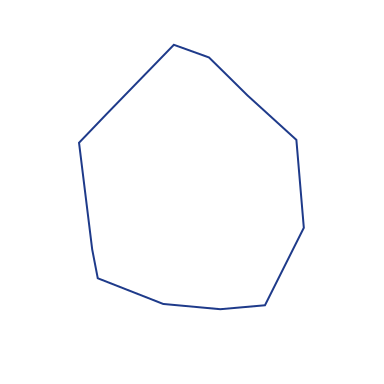 an SVG outline of São Salvador do Mundo, rotated 302°
{"feature_id": "CPV-5049", "entity_name": "São Salvador do Mundo", "entity_type": "state/province", "adm_level": 1, "iso_a3": "CPV", "parent_name": "Cabo Verde", "parent_adm1": "", "projection": "mercator", "projection_center": [-23.611, 15.073], "detail": "fine", "context": "isolated", "style": "outline", "palette": "blue", "viewbox_px": 384, "rotation_deg": 302, "n_neighbors": 0, "source": "natural_earth", "source_scale": "10m", "svg_char_len": 339}
<svg xmlns="http://www.w3.org/2000/svg" viewBox="0 0 384 384"><g transform="rotate(302 192 192)"><path d="M173.9,70.1L213.1,78.3L307.2,98.6L315.1,135.1L309.8,159.0L303.3,187.9L291.5,252.9L220.9,305.8L196.2,308.1L134.6,313.9L107.6,278.1L81.8,226.9L68.9,157.8L90.4,137.8L173.9,70.1Z" fill="none" stroke="#1e3a8a" stroke-width="2"/></g></svg>